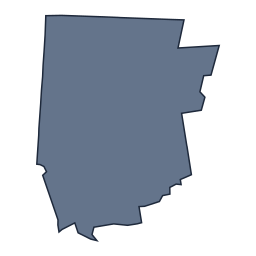 Litchfield, Connecticut, United States of America (Mercator projection)
{"feature_id": "52423323B65115859299704", "entity_name": "Litchfield", "entity_type": "district", "adm_level": 2, "iso_a3": "USA", "parent_name": "United States of America", "parent_adm1": "Connecticut", "projection": "mercator", "projection_center": [-73.244, 41.76], "detail": "fine", "context": "isolated", "style": "filled", "palette": "slate", "viewbox_px": 256, "rotation_deg": 0, "n_neighbors": 0, "source": "geoboundaries", "source_scale": "gbopen_adm2", "svg_char_len": 848}
<svg xmlns="http://www.w3.org/2000/svg" viewBox="0 0 256 256"><path d="M45.8,15.7L45.1,35.0L44.1,51.1L43.1,65.2L42.6,76.8L41.5,89.9L40.7,103.2L40.7,103.4L38.9,128.6L38.9,129.0L38.7,135.5L37.3,156.2L36.8,164.2L40.1,164.6L43.9,166.5L46.5,171.7L42.7,175.3L58.0,219.9L57.9,225.0L59.0,232.0L62.1,229.4L74.8,222.9L78.1,232.8L90.7,239.1L96.9,240.6L92.0,234.6L93.9,227.2L113.7,223.9L127.6,225.3L137.3,223.8L141.6,222.7L139.0,206.6L144.6,206.3L159.4,201.5L162.6,195.6L168.0,194.5L169.9,194.1L169.8,187.4L172.0,186.3L176.1,184.1L181.1,184.6L180.3,179.5L191.4,174.7L187.0,146.5L186.8,145.8L181.6,113.3L201.3,110.2L204.9,97.2L199.9,91.8L203.7,75.7L211.0,75.1L213.7,65.4L219.2,45.5L178.0,48.0L184.0,19.9L171.2,19.5L149.8,18.7L120.2,17.6L119.8,17.6L119.2,17.5L101.9,16.8L101.5,16.8L61.5,15.4L45.8,15.7Z" fill="#64748b" stroke="#1e293b" stroke-width="1.5"/></svg>